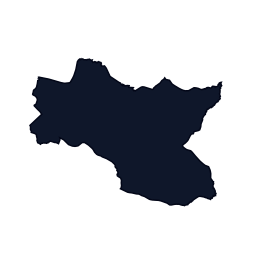 Mueang Buri Ram, Buri Ram, Thailand, rotated 283°
{"feature_id": "78962969B95913891709338", "entity_name": "Mueang Buri Ram", "entity_type": "district", "adm_level": 2, "iso_a3": "THA", "parent_name": "Thailand", "parent_adm1": "Buri Ram", "projection": "natural_earth1", "projection_center": [103.104, 14.948], "detail": "fine", "context": "isolated", "style": "filled", "palette": "ink", "viewbox_px": 256, "rotation_deg": 283, "n_neighbors": 0, "source": "geoboundaries", "source_scale": "gbopen_adm2", "svg_char_len": 5693}
<svg xmlns="http://www.w3.org/2000/svg" viewBox="0 0 256 256"><g transform="rotate(283 128 128)"><path d="M157.8,39.8L157.5,29.8L157.4,29.8L157.5,30.2L157.3,30.3L157.2,29.8L157.0,30.0L156.6,29.7L156.6,30.0L155.7,30.2L155.4,30.4L155.2,30.9L155.2,31.2L154.6,30.1L154.3,29.9L154.0,29.4L150.9,29.7L147.5,29.7L145.9,29.3L145.1,28.8L144.2,27.9L143.3,27.5L141.4,27.6L139.5,27.5L138.9,28.1L138.2,30.8L136.7,32.5L135.9,33.1L134.5,33.4L130.9,33.1L130.2,32.7L129.2,31.6L128.6,31.6L125.8,35.8L124.2,38.5L122.0,40.9L108.5,31.9L108.0,32.4L107.6,32.5L107.2,32.8L105.6,33.1L104.4,33.4L103.3,34.5L102.0,34.7L101.7,38.2L101.1,40.1L99.5,40.7L97.2,41.9L96.3,42.1L95.4,42.1L93.3,43.4L93.2,44.4L92.5,46.5L93.6,46.9L93.9,48.2L94.2,48.4L94.5,49.1L94.5,49.7L94.8,49.8L94.8,50.0L94.8,52.1L95.6,52.7L95.5,53.2L95.9,53.2L96.3,53.6L96.5,54.2L96.9,54.5L97.3,54.7L97.6,55.3L97.8,55.3L97.5,58.5L97.4,60.1L97.7,60.3L97.6,61.3L97.3,63.1L97.1,63.8L101.0,64.3L101.8,64.1L102.5,64.0L103.2,63.6L102.1,67.9L98.5,73.8L97.9,77.7L98.2,80.5L99.2,82.9L99.4,83.3L100.6,84.3L103.3,86.4L103.7,87.2L104.1,89.0L102.5,93.4L100.1,97.7L99.2,98.9L97.0,100.9L95.4,103.3L94.9,104.9L94.7,108.0L94.1,109.4L93.4,114.0L91.6,119.9L89.6,123.2L88.5,124.1L88.2,124.2L87.7,124.1L86.9,124.6L86.6,124.8L86.2,126.1L85.2,126.6L84.4,126.9L84.2,126.7L84.0,126.8L83.9,127.5L82.8,127.9L82.6,128.4L81.7,128.4L81.6,128.7L81.4,128.7L81.3,128.4L80.8,128.5L80.7,127.9L80.4,127.8L79.0,128.4L78.4,129.8L77.9,131.5L77.1,132.6L76.7,133.0L76.3,132.9L76.0,133.2L75.1,133.5L73.0,133.8L70.4,134.7L68.9,134.8L67.6,134.7L67.1,134.4L65.4,141.9L65.4,143.7L65.7,146.4L65.7,150.9L66.1,153.7L65.2,156.9L65.2,158.0L64.9,160.0L64.4,161.5L63.4,164.8L63.3,165.8L63.4,168.0L64.4,174.1L64.4,176.6L63.6,183.1L62.5,185.8L62.5,186.3L62.8,187.6L64.0,190.2L64.7,192.3L65.0,194.2L65.3,194.6L65.0,197.0L65.0,198.6L65.2,199.6L65.1,200.6L65.8,201.2L66.1,201.6L66.2,202.2L66.6,202.5L66.6,203.2L66.9,203.6L67.3,203.4L67.7,203.5L68.6,204.5L69.4,205.1L69.9,205.1L70.0,205.8L70.2,206.4L71.1,206.7L71.5,207.3L72.3,207.6L73.0,208.1L76.8,211.7L77.4,212.6L77.7,213.9L77.9,217.2L77.6,219.6L77.7,220.1L77.2,222.0L77.3,223.0L77.0,224.5L78.7,224.7L78.4,225.6L78.5,225.8L81.0,226.2L80.9,226.7L81.4,226.6L81.4,227.5L81.9,227.5L81.9,228.5L83.2,228.3L84.1,228.4L84.3,227.4L85.6,227.3L86.4,227.0L88.6,225.3L88.5,224.7L88.9,224.7L89.1,224.4L90.0,224.0L90.3,224.0L90.7,223.7L91.0,223.6L92.1,223.9L93.2,223.9L93.4,223.6L94.6,223.2L94.8,223.4L95.0,223.2L95.0,222.3L95.9,221.8L97.4,220.1L98.2,219.7L102.1,218.9L103.8,218.2L105.6,217.3L108.4,215.2L108.9,211.5L110.0,209.1L111.9,205.6L116.0,199.7L118.9,195.9L119.9,194.2L120.0,191.7L120.1,190.2L120.5,188.9L121.5,186.7L122.2,185.6L122.7,185.2L123.5,185.1L124.3,185.5L126.3,187.2L128.5,188.6L129.8,189.2L134.0,190.2L136.0,190.9L136.7,191.6L136.9,192.7L137.4,192.8L137.6,193.0L139.2,193.1L139.6,193.5L140.5,195.5L141.4,197.2L142.4,198.3L145.5,198.6L148.5,198.2L152.2,198.8L153.5,198.7L154.0,198.1L155.4,198.7L157.6,199.4L158.6,200.3L159.6,200.2L159.8,200.0L160.6,200.2L161.1,200.1L161.1,200.4L161.7,200.3L161.8,200.7L162.3,200.7L162.5,200.9L163.1,200.7L163.9,200.9L164.1,201.0L164.3,201.7L164.9,202.3L165.9,202.8L165.9,203.1L166.5,203.8L166.9,203.8L167.0,204.3L166.8,204.7L167.8,205.1L167.7,205.6L168.4,206.0L168.8,205.9L169.2,206.0L169.6,206.5L169.6,206.9L170.3,207.3L170.7,207.1L171.0,207.2L173.2,208.5L173.4,208.8L173.6,209.4L174.0,209.7L174.2,209.3L175.0,209.6L176.3,210.6L176.4,210.8L177.0,210.9L177.3,211.2L178.5,210.4L179.0,210.7L179.4,210.5L179.6,210.8L180.8,210.1L181.3,209.7L182.0,209.4L182.2,209.5L182.9,209.7L183.2,209.6L183.5,209.4L183.9,209.5L184.3,209.3L184.8,209.4L185.1,209.1L185.7,209.1L186.2,208.6L186.5,208.8L186.7,208.7L187.0,208.9L187.4,208.9L187.5,209.1L187.8,208.8L188.0,208.9L188.2,208.7L188.6,209.1L189.5,209.2L189.8,209.5L190.2,209.7L190.4,209.2L190.8,209.3L191.1,209.0L191.5,208.9L191.7,208.4L192.0,208.5L192.1,208.2L193.5,208.6L193.4,208.3L193.1,208.3L192.8,208.1L192.9,207.6L192.8,207.3L192.5,207.2L192.3,207.0L192.1,207.1L192.0,206.9L191.8,207.1L191.5,207.0L190.7,206.1L190.4,206.3L188.9,206.0L188.4,205.4L188.1,204.7L187.8,204.3L187.9,203.7L187.6,203.6L188.0,203.3L187.9,203.0L187.8,201.4L187.6,200.9L187.2,200.6L186.5,200.7L185.5,199.6L185.6,197.4L185.3,196.3L185.1,195.9L184.8,196.0L184.7,195.6L184.3,195.3L184.3,195.1L184.0,194.9L183.5,194.8L183.5,193.7L183.2,193.2L182.9,193.2L182.6,192.8L182.5,192.0L182.0,191.4L182.0,189.6L182.4,187.7L182.4,185.6L182.1,183.3L178.0,178.7L177.1,175.4L177.1,173.5L177.4,171.5L178.1,168.7L179.6,164.1L180.5,161.7L180.9,160.9L183.8,157.7L183.8,153.9L185.1,152.5L183.5,151.9L181.9,150.4L179.1,149.2L176.0,146.5L175.0,145.5L173.7,144.8L172.7,144.0L171.5,143.9L171.0,142.9L171.0,142.6L171.6,134.4L171.3,132.6L170.6,131.5L165.7,126.6L166.1,125.5L165.7,125.2L167.0,123.6L168.5,124.1L167.8,119.6L169.5,119.6L169.2,117.6L168.3,115.8L168.6,115.8L169.3,113.2L168.1,113.4L168.6,112.1L170.1,110.5L170.5,108.7L174.2,98.9L181.4,93.3L183.0,91.4L183.2,90.8L182.7,90.3L182.7,89.7L182.4,89.1L182.3,88.3L183.3,88.1L183.5,87.2L185.1,87.5L185.3,87.4L185.4,86.8L185.7,86.7L185.7,85.7L185.9,85.4L185.7,84.7L185.9,84.2L185.5,84.0L185.2,83.4L185.2,83.2L184.9,83.0L184.7,83.3L184.5,83.2L184.9,82.2L184.5,82.2L184.5,81.8L184.6,81.4L185.1,81.0L185.2,80.7L184.0,79.3L184.5,79.1L184.5,78.6L185.0,77.7L186.1,77.8L185.9,77.5L185.9,76.0L186.4,75.0L186.1,74.6L185.9,73.8L185.6,73.1L185.4,73.0L185.4,72.6L184.9,72.2L185.0,71.4L184.6,69.7L185.1,68.5L185.0,68.0L184.7,67.2L184.1,66.7L183.9,66.1L184.3,66.1L184.1,65.9L184.2,65.4L183.7,65.4L183.7,65.0L183.4,64.9L183.2,64.5L181.3,63.8L173.2,64.1L166.8,63.5L164.1,62.9L159.6,61.5L158.9,60.9L157.4,56.6L157.2,55.6L157.1,52.5L157.8,39.8Z" fill="#0f172a" stroke="#020617" stroke-width="1.5"/></g></svg>